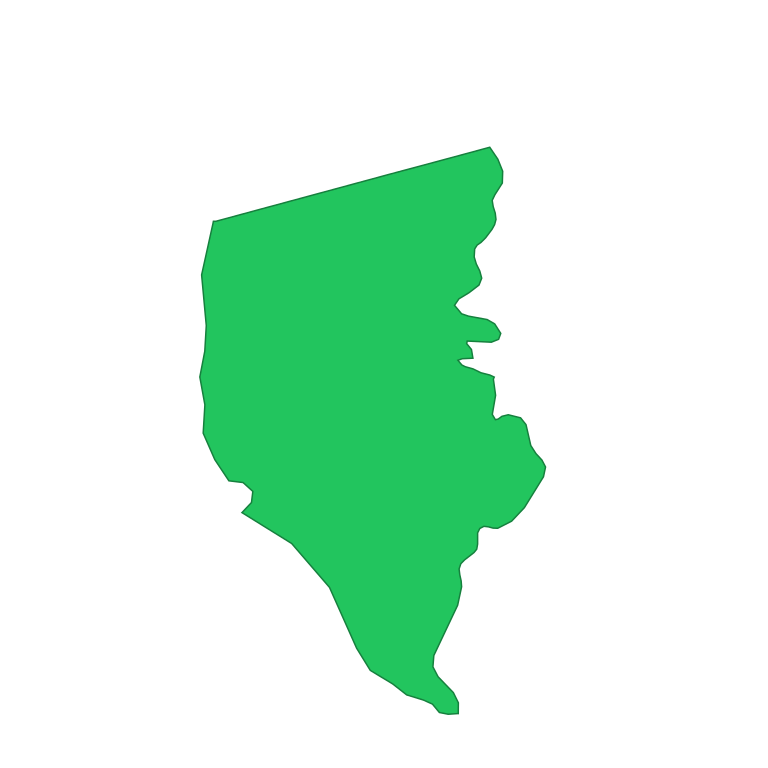 an SVG outline of Kaabong, rotated 30°
{"feature_id": "UGA-3125", "entity_name": "Kaabong", "entity_type": "District", "adm_level": 1, "iso_a3": "UGA", "parent_name": "Uganda", "parent_adm1": "", "projection": "mercator", "projection_center": [34.168, 3.648], "detail": "fine", "context": "isolated", "style": "filled", "palette": "green", "viewbox_px": 768, "rotation_deg": 30, "n_neighbors": 0, "source": "natural_earth", "source_scale": "10m", "svg_char_len": 1502}
<svg xmlns="http://www.w3.org/2000/svg" viewBox="0 0 768 768"><g transform="rotate(30 384 384)"><path d="M154.9,328.4L157.1,327.1L190.2,293.8L233.3,250.5L283.6,199.9L320.7,162.8L357.2,126.1L370.2,132.4L380.4,140.4L386.0,150.8L385.4,164.7L385.9,170.9L389.9,175.8L394.9,180.4L398.7,185.5L400.1,190.7L400.2,196.1L398.9,206.6L397.2,212.9L395.2,217.1L395.0,221.7L398.6,228.9L403.9,233.9L410.5,238.3L415.7,243.5L416.8,250.8L412.0,262.4L406.3,272.8L405.7,280.6L416.1,284.4L423.2,283.0L441.1,276.6L449.8,276.6L459.8,281.8L460.9,288.0L456.1,294.1L434.6,305.2L435.4,307.7L442.5,310.4L448.1,317.2L439.1,323.0L436.1,326.5L441.9,328.6L445.7,328.4L453.5,326.4L462.3,325.8L471.2,323.3L476.0,322.9L476.3,325.1L486.3,338.0L493.0,356.2L498.3,359.2L500.4,357.3L502.3,353.0L507.0,348.5L519.2,345.0L527.3,348.2L541.9,363.9L550.4,368.3L558.8,370.9L565.4,375.1L568.5,384.6L567.4,420.9L563.1,439.0L554.6,452.1L550.4,454.3L545.8,455.5L541.7,457.3L539.2,461.2L539.5,466.1L545.1,475.8L546.9,480.7L546.2,485.0L541.7,496.1L540.4,501.2L541.5,506.6L545.1,511.4L549.3,516.0L552.6,520.8L558.4,538.8L562.9,594.2L567.8,604.5L577.2,610.5L598.4,616.6L607.8,622.9L613.1,632.3L612.9,632.4L604.7,637.9L596.2,640.8L586.0,637.0L576.1,638.0L559.1,641.9L541.4,639.4L515.4,638.9L492.4,626.5L438.5,587.4L383.8,568.3L325.3,566.4L328.5,552.9L324.1,542.6L311.2,539.8L298.1,545.4L275.3,534.1L252.0,517.0L239.3,491.6L221.0,470.0L212.4,445.2L200.9,422.3L171.5,380.7L155.6,330.4L154.9,328.4Z" fill="#22c55e" stroke="#15803d" stroke-width="1.5"/></g></svg>